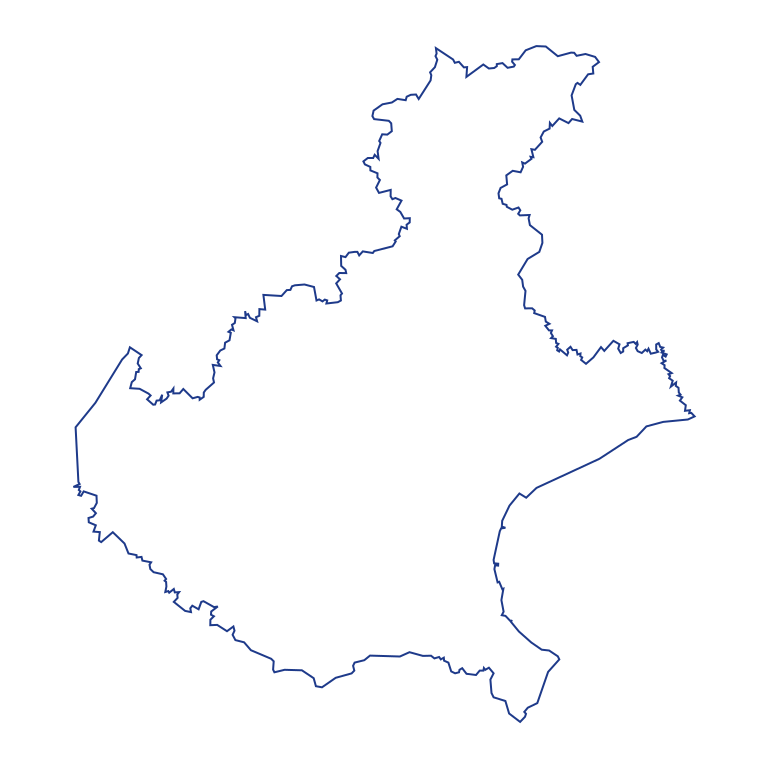 outline of Veneto, Treviso, Italy
{"feature_id": "23120603B96721879872173", "entity_name": "Veneto", "entity_type": "district", "adm_level": 2, "iso_a3": "ITA", "parent_name": "Italy", "parent_adm1": "Treviso", "projection": "orthographic", "projection_center": [12.018, 45.736], "detail": "fine", "context": "isolated", "style": "outline", "palette": "blue", "viewbox_px": 768, "rotation_deg": 0, "n_neighbors": 0, "source": "geoboundaries", "source_scale": "gbopen_adm2", "svg_char_len": 6056}
<svg xmlns="http://www.w3.org/2000/svg" viewBox="0 0 768 768"><path d="M273.7,661.3L273.1,669.6L274.4,672.3L284.6,669.8L301.9,670.3L313.7,678.2L315.9,686.2L322.0,687.3L335.7,677.8L351.6,673.4L354.3,670.6L353.1,665.8L354.6,662.6L364.3,660.2L370.0,655.6L399.9,656.5L409.5,652.2L422.9,655.9L431.0,655.7L434.4,658.4L439.1,657.0L440.8,659.4L443.8,657.7L444.1,660.7L448.4,662.6L451.2,671.4L455.1,673.3L459.0,672.3L459.5,669.8L462.2,668.2L466.5,673.8L476.0,675.0L479.7,670.6L483.4,670.6L483.9,668.0L485.3,669.8L488.9,667.7L493.6,673.3L490.4,679.6L491.5,693.0L493.6,697.3L505.4,701.0L509.1,713.5L520.1,721.9L525.0,716.8L526.0,713.8L524.3,711.9L527.8,707.7L537.3,703.1L548.1,671.9L559.3,659.4L557.8,656.3L549.1,650.5L541.7,649.7L531.3,642.5L518.9,631.5L511.1,622.0L511.8,619.8L511.1,621.8L505.5,615.9L501.8,615.2L503.6,611.7L501.4,600.1L503.4,588.7L502.3,589.2L499.2,581.8L497.6,582.4L494.4,569.1L495.1,565.3L498.1,565.6L498.2,563.7L494.1,563.3L493.6,559.9L499.8,531.2L501.1,528.4L505.4,527.8L501.8,526.6L502.2,520.8L509.5,505.6L519.4,493.5L526.2,497.7L536.5,487.9L599.4,458.8L628.2,440.0L636.6,436.8L646.4,426.4L663.2,421.9L687.9,419.5L694.6,416.4L691.3,412.9L689.2,413.2L689.9,410.2L685.0,410.8L685.8,405.2L679.9,400.6L682.3,397.3L678.1,395.6L680.5,394.6L678.8,392.5L678.5,387.8L675.8,385.9L676.1,382.5L670.9,386.6L672.7,380.7L669.1,378.2L670.1,376.1L668.5,374.2L671.7,373.1L664.4,368.0L664.6,365.2L661.6,363.2L666.4,360.5L663.7,361.0L662.0,357.4L662.9,354.9L665.6,356.6L666.7,354.4L661.8,352.6L664.5,350.4L662.0,351.4L661.1,349.6L663.1,347.6L660.2,346.9L658.7,343.1L656.2,344.5L656.2,349.4L658.1,351.8L655.6,352.6L650.8,353.7L648.5,348.7L647.2,351.2L645.4,349.6L641.8,353.0L637.7,351.2L635.9,348.0L637.7,344.6L637.1,342.1L635.7,343.9L633.7,341.9L627.6,343.2L627.9,345.4L623.2,348.2L623.2,351.5L620.7,353.0L618.2,348.7L619.5,344.3L613.4,340.8L604.3,350.9L601.0,347.1L593.4,357.4L586.0,363.8L581.1,359.9L582.2,357.4L580.3,356.2L580.5,353.5L577.5,354.5L576.5,349.9L572.6,350.1L570.5,346.8L567.2,349.7L568.2,352.6L567.0,355.3L560.0,349.4L559.1,351.5L557.2,350.3L557.8,347.8L556.1,346.7L558.4,343.9L556.1,342.9L555.8,338.9L551.1,338.1L552.9,336.2L550.9,333.0L552.0,330.4L549.0,330.4L545.3,325.8L549.4,323.8L545.8,321.6L545.0,316.9L534.2,313.1L534.7,310.5L532.1,308.3L525.1,308.4L524.1,305.2L525.5,290.9L523.1,286.6L522.2,279.8L518.2,274.6L527.6,259.0L539.3,251.9L542.4,242.9L542.0,234.7L529.9,225.1L528.6,218.3L529.6,215.0L519.9,215.4L518.2,213.8L520.3,210.3L518.5,207.5L512.3,209.7L506.8,206.8L506.5,204.9L502.7,203.8L501.5,198.8L499.2,198.3L498.5,193.3L500.6,187.9L507.1,184.4L506.3,175.4L512.7,170.8L520.6,172.3L523.1,166.8L522.2,162.4L525.0,163.6L531.5,158.8L530.6,156.8L533.4,157.2L531.4,149.2L534.9,149.8L542.2,141.8L540.6,137.5L543.8,131.5L549.6,128.6L549.9,122.9L552.3,126.0L559.2,118.4L568.5,123.1L572.1,119.0L582.3,121.6L580.2,115.7L574.3,109.9L571.6,95.4L575.8,84.2L577.5,82.9L580.3,84.9L588.1,74.3L593.3,73.5L592.7,66.8L599.0,62.1L595.1,56.9L585.5,54.0L576.6,55.8L574.2,52.8L571.1,52.6L557.8,56.2L545.8,46.5L536.3,46.1L525.7,50.3L518.8,59.3L512.4,59.4L512.1,61.7L514.9,65.0L513.8,66.6L507.6,67.8L502.5,63.1L496.8,64.1L496.8,66.2L494.2,68.0L488.9,68.5L483.3,64.5L466.4,76.9L467.1,67.1L463.9,67.4L458.9,61.8L454.8,62.8L453.1,59.5L435.9,48.1L436.6,53.6L435.5,56.1L437.3,59.7L434.9,67.2L430.1,72.3L431.3,75.2L430.6,80.4L418.7,99.0L416.0,94.5L410.8,94.8L406.7,96.7L405.7,100.2L397.4,98.9L391.9,102.5L382.5,104.3L373.6,110.6L372.4,116.1L374.1,119.1L388.8,120.8L391.2,123.3L391.8,131.2L387.3,134.6L382.2,134.3L379.2,141.0L380.5,142.9L377.6,151.1L378.6,158.8L374.7,154.8L373.2,158.0L367.8,158.0L363.4,161.4L364.9,164.4L370.3,166.9L370.4,170.4L377.5,173.3L377.4,177.5L379.9,180.0L376.1,187.6L379.0,192.9L390.7,189.9L390.6,196.3L392.4,199.2L395.4,198.0L401.5,200.6L396.7,209.3L400.3,211.9L404.1,218.5L409.8,218.2L409.7,222.4L406.6,224.7L406.9,228.8L401.4,226.7L398.8,234.1L399.7,236.2L394.8,240.4L395.7,241.5L392.6,246.3L374.3,251.0L372.8,253.0L362.8,251.4L359.2,255.4L357.4,251.9L354.5,251.9L348.8,252.7L345.5,257.1L341.0,256.0L341.2,265.9L345.5,269.8L346.2,273.1L339.3,273.0L336.3,276.0L340.0,279.3L336.2,283.4L342.0,293.5L340.5,295.3L340.9,300.5L337.8,302.2L326.4,303.5L327.2,300.4L324.8,299.6L322.5,301.4L319.1,299.4L316.5,300.5L314.0,287.0L304.5,284.5L294.9,285.3L292.0,286.3L290.4,289.9L286.8,290.1L281.5,296.0L263.4,294.9L265.2,309.6L259.4,309.1L259.3,315.8L256.0,317.2L257.1,321.3L249.9,317.8L248.1,314.0L246.0,315.1L245.1,311.1L245.7,318.1L234.4,317.2L235.5,318.3L234.8,323.0L232.0,324.8L233.5,330.3L231.4,329.4L228.5,331.8L230.8,332.8L229.5,340.3L225.1,342.7L224.4,348.5L220.3,350.5L216.7,355.3L217.1,359.3L219.3,360.2L217.8,362.4L220.5,366.0L212.8,364.9L214.5,372.4L213.1,378.3L214.0,382.5L205.7,389.8L203.8,392.5L203.7,396.9L199.7,399.7L199.7,397.5L197.7,396.9L192.6,398.3L183.3,389.0L179.6,393.3L173.3,393.4L173.4,388.5L171.1,391.7L167.4,392.4L168.6,395.7L166.6,398.6L161.1,402.4L162.2,394.7L159.7,400.3L156.6,400.6L155.1,404.5L153.2,404.7L147.1,399.3L150.6,395.5L148.5,393.6L139.6,388.8L130.2,388.2L131.8,382.1L135.0,379.3L136.2,372.0L138.6,371.9L138.8,369.1L140.8,368.3L137.7,363.5L138.9,358.0L141.6,355.1L129.9,347.3L127.9,353.5L122.1,359.5L95.4,402.8L75.6,427.3L78.4,481.9L79.6,484.0L73.4,486.9L80.0,486.8L78.8,490.0L80.4,491.4L78.4,495.0L81.1,495.8L83.7,491.4L96.5,495.7L96.8,502.9L94.0,508.1L91.7,508.7L95.9,513.2L93.1,516.6L88.5,518.0L88.8,522.3L95.8,525.3L93.5,531.6L99.8,532.1L98.9,540.6L101.2,542.1L112.8,532.2L124.5,543.5L128.5,553.5L136.5,555.1L136.7,557.5L141.5,556.9L142.4,560.6L151.1,562.3L149.5,564.7L150.3,569.0L153.6,572.2L162.9,574.3L166.1,579.0L164.6,580.7L166.1,581.9L166.4,586.5L165.3,592.0L168.3,591.1L169.2,592.7L173.8,589.0L174.8,592.4L179.1,592.1L177.3,594.5L177.6,597.9L173.8,601.9L185.1,610.9L191.0,612.1L190.3,608.3L192.3,605.7L198.6,609.3L201.3,601.9L203.5,601.2L214.0,607.1L217.8,606.5L211.2,611.5L211.0,614.7L213.9,616.3L210.4,619.7L210.3,625.2L217.2,624.9L227.0,631.2L233.4,626.5L234.5,630.7L232.6,634.8L235.4,640.1L244.1,642.3L250.9,650.2L271.2,658.8L273.7,661.3Z" fill="none" stroke="#1e3a8a" stroke-width="2"/></svg>